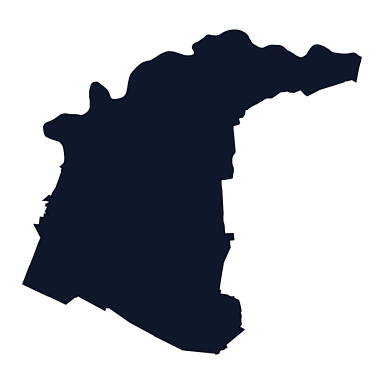 Vista Hermosa, Michoacán, Mexico (Mercator projection)
{"feature_id": "50627088B54691877593336", "entity_name": "Vista Hermosa", "entity_type": "district", "adm_level": 2, "iso_a3": "MEX", "parent_name": "Mexico", "parent_adm1": "Michoacán", "projection": "mercator", "projection_center": [-102.458, 20.263], "detail": "fine", "context": "isolated", "style": "filled", "palette": "ink", "viewbox_px": 384, "rotation_deg": 0, "n_neighbors": 0, "source": "geoboundaries", "source_scale": "gbopen_adm2", "svg_char_len": 5697}
<svg xmlns="http://www.w3.org/2000/svg" viewBox="0 0 384 384"><path d="M60.5,166.7L61.1,167.0L62.5,168.7L62.5,169.5L61.6,170.0L61.8,171.1L61.9,171.8L59.1,179.9L57.9,183.0L56.3,187.6L54.1,191.2L53.3,191.9L51.3,197.0L49.1,195.6L43.8,200.2L46.9,200.1L47.0,200.2L47.3,200.6L49.0,200.9L49.5,202.4L49.3,202.8L46.7,204.3L46.1,204.2L45.8,205.1L46.1,205.8L48.0,206.8L45.5,211.7L45.9,211.8L47.9,214.4L44.5,214.1L44.2,217.8L40.4,217.4L39.6,225.1L34.4,224.6L40.4,236.2L41.4,236.6L40.2,240.2L38.7,243.4L35.9,251.1L33.3,258.0L30.7,264.5L29.3,267.7L27.6,272.0L27.5,272.3L25.6,277.4L23.0,283.9L37.8,291.0L48.0,295.7L50.5,296.6L65.9,304.0L66.1,303.8L67.0,303.0L74.9,296.8L76.3,296.9L78.2,295.5L81.5,297.5L87.6,300.8L88.2,301.0L88.4,301.2L104.8,310.1L105.3,307.6L105.6,307.1L107.0,307.6L107.5,307.7L108.7,307.1L129.9,321.9L131.5,322.8L138.3,326.5L154.5,335.2L154.6,335.6L182.9,349.7L209.8,352.4L216.0,353.0L215.9,353.8L217.0,353.8L217.3,353.4L217.9,353.4L218.7,353.0L218.9,352.7L219.1,351.2L220.3,350.3L220.4,350.0L220.8,349.9L221.8,349.0L222.7,349.6L224.5,348.7L224.5,348.4L225.1,347.4L225.9,347.7L226.7,347.1L225.6,345.8L226.4,343.9L227.2,343.3L229.6,341.4L233.1,338.4L242.4,330.8L243.8,329.6L239.2,327.1L240.0,325.8L241.0,324.4L240.6,320.2L240.4,316.9L241.1,317.0L240.7,314.3L240.0,314.3L240.2,312.5L240.8,311.0L240.5,308.6L239.7,304.9L239.2,302.7L238.4,300.4L235.9,299.3L234.2,298.4L233.6,297.8L233.7,297.0L230.9,297.0L229.4,296.6L228.6,296.1L227.3,295.2L221.2,294.4L219.9,294.4L219.9,293.4L220.1,291.8L220.1,290.5L218.7,290.4L219.0,288.6L219.2,286.9L220.2,280.4L221.5,272.1L222.0,269.7L222.7,265.6L223.1,262.6L227.9,251.8L228.1,251.1L229.7,247.9L230.0,247.3L229.7,246.7L229.3,240.0L233.6,239.5L233.1,233.8L228.9,233.9L228.7,233.8L224.7,234.2L224.2,230.2L223.9,225.5L222.8,221.3L222.6,217.3L222.9,213.5L222.6,209.2L221.6,190.5L221.3,188.1L221.1,187.2L220.6,179.7L226.5,178.9L228.3,178.5L230.7,178.2L232.2,177.6L232.5,173.3L233.0,172.2L233.1,169.4L233.0,167.7L232.0,165.5L231.7,164.0L231.5,160.2L231.6,158.2L232.1,156.6L233.0,154.7L234.6,152.5L234.9,151.7L233.9,140.3L232.8,129.2L232.7,127.2L232.5,126.0L234.8,124.9L236.6,124.6L238.5,124.2L239.4,122.8L238.2,119.4L238.9,117.8L239.6,117.3L242.2,117.2L244.3,114.1L244.8,110.4L245.3,109.5L246.0,109.3L247.2,109.2L247.5,109.0L247.5,108.7L250.4,106.7L252.1,105.6L253.8,104.9L254.5,104.3L256.7,103.5L256.8,103.3L261.9,100.5L264.6,98.5L265.4,98.1L268.2,97.5L269.5,97.5L269.6,97.8L271.1,97.7L273.8,96.4L273.7,95.9L276.3,94.7L276.5,94.4L280.2,91.6L284.4,91.3L286.3,90.9L288.2,90.9L289.7,91.8L294.2,92.2L294.4,91.9L298.9,90.2L299.5,89.5L299.9,89.2L300.9,89.7L305.3,94.3L307.3,95.6L319.4,89.3L343.8,81.7L344.3,81.4L344.4,81.2L344.6,80.4L346.8,80.6L347.0,80.7L351.4,79.4L352.0,79.4L352.3,79.5L353.1,79.9L355.8,81.6L357.3,73.4L358.8,66.1L359.5,63.7L360.2,61.7L360.4,60.9L360.4,60.4L361.0,57.4L360.0,57.0L359.2,56.7L358.3,56.1L357.1,55.2L355.5,54.0L355.0,53.7L354.0,53.4L353.2,53.3L352.2,53.4L348.2,54.1L346.8,54.3L343.3,54.4L339.4,54.0L334.1,53.2L333.0,52.9L331.6,52.4L331.0,52.0L330.6,51.7L329.3,50.7L328.8,50.0L327.8,49.4L326.0,48.4L323.4,46.9L320.1,45.6L318.8,45.3L317.7,45.1L316.5,45.1L315.3,45.2L314.5,45.5L313.0,46.4L310.8,48.8L309.0,51.4L307.3,54.4L306.4,55.3L305.5,56.1L304.0,57.0L302.9,57.5L301.7,57.9L301.1,58.0L300.6,58.1L300.3,58.0L299.3,57.7L295.9,56.1L293.5,54.4L292.0,53.5L288.9,51.7L287.7,51.2L286.9,50.7L284.3,48.2L283.2,47.4L282.3,46.7L281.4,46.3L280.5,46.0L279.1,45.7L277.6,45.6L275.6,45.7L273.8,45.5L271.8,45.4L269.3,45.8L266.6,46.9L263.6,48.3L261.5,48.5L260.5,48.3L259.4,48.0L258.4,47.7L257.4,47.1L256.5,46.5L253.5,44.9L252.4,44.0L251.8,43.4L250.6,41.7L250.2,40.7L249.5,39.7L248.8,38.9L248.2,37.6L248.1,36.8L247.4,35.8L246.4,34.6L245.4,33.8L244.1,32.9L241.2,31.4L239.0,30.7L236.6,30.3L234.4,30.2L232.2,30.3L228.7,30.9L225.6,32.0L224.2,32.6L222.9,33.3L220.5,34.9L218.9,35.6L216.9,36.1L213.3,36.1L211.5,35.9L210.6,35.6L210.0,35.4L209.1,35.3L208.2,35.4L207.3,35.6L206.5,36.0L204.3,38.0L203.5,38.7L202.7,39.1L200.0,41.2L198.3,42.3L197.1,42.8L195.9,43.1L194.1,44.2L193.4,44.8L193.0,45.9L192.6,47.1L192.7,48.2L193.3,49.3L194.1,50.3L194.5,51.4L194.7,53.1L194.5,54.0L194.0,54.7L193.2,55.0L192.6,55.5L191.1,55.9L189.4,56.1L185.9,56.0L184.5,55.8L183.1,55.4L181.3,54.7L179.7,54.3L176.2,53.1L172.9,52.2L171.6,52.1L168.5,51.9L167.3,52.1L165.7,52.5L160.9,54.6L152.1,60.2L151.0,60.7L150.3,61.0L146.9,61.7L143.9,62.6L142.5,63.2L141.5,63.9L139.8,65.2L138.5,66.4L136.5,68.2L133.5,71.4L131.5,73.9L130.8,75.2L130.2,76.7L129.7,78.5L128.7,82.7L128.2,86.5L127.8,88.4L127.5,90.4L126.7,93.2L126.1,94.5L125.0,96.1L123.8,97.2L122.7,98.0L120.6,98.6L119.4,99.1L117.8,99.4L115.7,99.7L113.9,99.7L112.5,99.7L111.7,99.4L110.8,98.6L110.3,97.9L109.9,97.0L109.2,95.1L108.8,93.9L108.3,92.4L107.8,91.6L107.1,90.7L106.3,89.7L105.2,88.6L102.9,86.7L101.2,85.4L98.3,83.1L97.4,82.6L96.9,82.4L95.5,82.4L94.7,82.5L93.7,82.8L92.8,83.3L92.0,84.1L91.5,85.2L91.0,86.5L89.8,91.6L89.9,93.0L89.8,95.4L89.9,97.1L90.1,98.5L90.4,99.9L90.5,101.2L90.5,105.7L90.4,107.3L90.1,108.6L89.7,109.7L89.0,110.9L88.0,112.0L86.8,113.1L85.6,114.0L84.4,114.7L83.3,115.3L82.1,115.6L81.1,115.7L80.1,115.6L78.2,115.2L76.0,114.9L74.9,114.9L72.4,114.9L71.0,114.9L69.6,114.8L68.5,114.6L67.7,114.3L66.6,114.2L64.4,114.1L63.6,114.2L62.3,114.7L61.0,115.0L60.2,115.5L59.4,116.1L57.3,117.7L55.6,118.9L54.0,119.9L52.6,120.7L46.9,123.0L45.6,123.8L44.7,124.6L44.0,126.2L43.8,127.5L43.8,128.2L44.1,128.9L44.0,129.7L44.2,131.1L45.0,134.1L45.5,135.1L46.0,135.9L48.4,137.2L49.9,137.9L51.2,138.4L58.0,140.6L59.3,141.1L60.1,141.6L60.8,142.3L62.3,144.3L63.1,145.5L63.6,146.9L64.1,149.3L64.6,152.3L65.0,156.7L65.0,159.5L64.8,161.6L64.6,162.3L64.2,163.2L63.3,164.2L61.8,165.7L60.5,166.7Z" fill="#0f172a" stroke="#020617" stroke-width="1.5"/></svg>